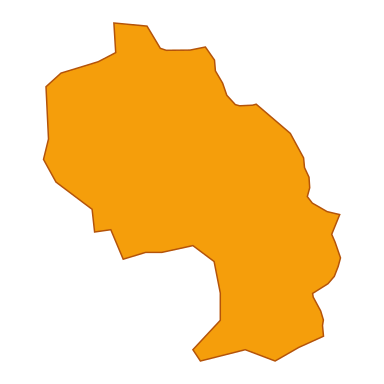 map outline of Aizputes (Mercator projection)
{"feature_id": "LVA-5714", "entity_name": "Aizputes", "entity_type": "Municipality", "adm_level": 1, "iso_a3": "LVA", "parent_name": "Latvia", "parent_adm1": "", "projection": "mercator", "projection_center": [21.624, 56.709], "detail": "fine", "context": "isolated", "style": "filled", "palette": "amber", "viewbox_px": 384, "rotation_deg": 0, "n_neighbors": 0, "source": "natural_earth", "source_scale": "10m", "svg_char_len": 805}
<svg xmlns="http://www.w3.org/2000/svg" viewBox="0 0 384 384"><path d="M113.9,23.0L147.0,26.1L160.3,48.3L166.2,50.3L190.0,50.1L205.4,47.0L214.5,60.1L215.4,70.9L222.6,83.1L226.8,95.3L235.3,104.6L239.6,105.8L252.5,105.2L256.2,104.2L290.3,133.4L303.6,157.9L304.5,167.6L309.0,177.2L309.7,187.8L307.3,196.6L312.3,203.1L327.1,211.6L339.7,214.6L331.7,234.3L335.1,242.2L340.5,257.9L338.2,266.4L334.3,276.4L328.0,283.7L312.6,293.4L313.2,297.1L320.7,311.0L323.4,320.0L322.5,325.5L323.5,336.2L298.8,347.4L275.1,361.0L245.2,349.7L200.4,361.0L192.9,349.7L220.3,320.3L220.3,293.1L214.1,261.5L192.9,245.6L161.8,252.4L145.6,252.4L123.2,259.2L110.8,229.7L94.6,232.0L92.1,209.3L56.0,182.1L43.5,159.4L48.5,139.0L46.0,86.7L61.0,73.1L98.3,61.7L115.7,52.6L113.9,23.0Z" fill="#f59e0b" stroke="#b45309" stroke-width="1.5"/></svg>